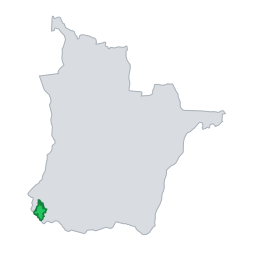 location of Faradje, Orientale, Democratic Republic of the Congo, rotated 183°
{"feature_id": "63176286B94121502354965", "entity_name": "Faradje", "entity_type": "district", "adm_level": 2, "iso_a3": "COD", "parent_name": "Democratic Republic of the Congo", "parent_adm1": "Orientale", "projection": "robinson", "projection_center": [29.876, 3.486], "detail": "fine", "context": "in_parent", "style": "filled", "palette": "green", "viewbox_px": 256, "rotation_deg": 183, "n_neighbors": 0, "source": "geoboundaries", "source_scale": "gbopen_adm2", "svg_char_len": 6772}
<svg xmlns="http://www.w3.org/2000/svg" viewBox="0 0 256 256"><g transform="rotate(183 128 128)"><path d="M219.2,175.3L200.4,178.7L200.8,179.9L200.6,181.2L200.1,182.1L198.2,184.8L195.4,187.2L195.4,187.8L196.8,190.5L197.7,194.1L197.5,200.6L197.9,202.4L197.8,203.8L196.9,205.3L195.0,213.1L196.3,216.9L200.0,220.4L202.1,223.1L205.8,224.0L206.4,223.8L206.6,221.7L209.5,220.8L209.5,234.8L209.3,235.6L208.8,235.7L208.1,235.3L207.8,234.0L207.1,233.4L203.5,235.1L202.6,235.1L201.7,234.8L200.9,234.1L200.7,233.0L198.2,228.9L197.0,228.6L195.6,225.0L190.0,222.3L187.8,222.1L186.7,221.3L185.6,218.4L183.7,216.6L183.3,214.5L182.9,214.2L181.8,214.6L180.8,217.9L179.6,218.6L177.3,218.7L171.5,217.8L167.4,216.1L166.3,216.2L164.7,214.7L164.0,212.2L164.4,210.3L164.1,210.0L157.8,211.6L156.3,212.6L154.9,212.4L154.5,211.8L155.1,210.5L154.8,209.1L154.3,208.4L152.4,207.9L151.8,206.3L150.7,206.1L150.3,206.3L150.1,207.4L149.4,207.7L145.6,207.2L141.7,208.6L136.5,208.2L134.1,209.8L133.7,209.8L133.2,209.0L132.7,206.3L132.9,205.6L133.7,205.1L134.0,204.0L133.7,201.3L133.9,200.6L133.6,199.1L132.8,196.5L131.7,194.5L129.3,191.4L128.9,190.0L129.0,186.5L129.8,181.1L129.7,177.0L128.7,174.4L128.5,171.6L129.1,166.5L128.5,165.2L116.6,164.8L116.1,164.4L115.8,163.7L116.4,160.7L109.2,161.5L107.0,162.1L105.6,163.3L105.2,164.8L105.2,167.1L104.1,169.2L103.8,172.7L101.8,173.1L99.8,173.1L95.9,172.4L92.2,173.4L90.4,174.4L89.4,173.9L86.0,174.3L85.6,174.0L81.7,166.9L79.9,164.6L79.6,163.4L79.7,162.3L79.2,160.9L77.4,157.3L77.1,155.6L77.1,152.9L76.9,152.0L75.3,149.8L74.2,149.0L73.0,148.6L53.6,148.9L47.2,148.5L42.5,148.8L40.2,148.6L39.5,148.3L37.4,148.7L36.3,149.7L34.6,150.2L33.5,150.0L31.5,147.4L34.2,146.9L34.4,146.7L34.6,140.4L33.8,139.5L35.3,138.4L37.6,135.6L40.0,134.7L40.3,134.1L40.8,134.1L41.6,135.3L43.6,136.8L46.1,135.5L46.3,135.1L46.6,132.4L47.2,132.2L48.3,132.8L48.9,132.8L50.0,132.0L53.1,130.6L54.0,132.3L53.2,133.9L53.6,135.0L53.7,136.7L54.2,137.1L56.7,137.3L57.4,136.9L62.3,130.7L63.6,130.0L65.7,127.5L68.4,126.4L69.6,124.5L71.2,121.0L71.9,116.1L71.6,107.4L71.8,106.3L75.1,102.4L78.5,95.3L80.8,93.5L82.6,92.7L85.3,90.2L87.4,87.6L87.1,84.4L87.6,81.9L88.7,78.6L89.1,75.1L88.7,71.4L88.9,68.4L90.5,63.6L90.7,58.1L92.1,53.5L94.9,47.7L96.3,43.3L96.0,39.0L96.4,35.9L96.3,34.0L95.8,32.4L96.0,31.4L97.1,30.9L98.4,29.3L100.9,25.1L103.4,23.0L105.2,22.4L107.1,22.5L108.3,22.8L110.3,24.5L112.6,25.8L114.3,27.4L115.9,30.0L120.0,30.6L121.7,31.5L122.7,31.9L123.1,31.6L123.9,31.8L125.8,32.5L127.4,32.1L134.8,33.8L135.7,32.9L137.7,28.5L139.3,27.0L141.8,26.9L143.8,27.7L144.9,27.7L154.0,23.9L155.2,23.7L158.6,24.6L160.7,24.0L161.6,24.2L163.5,23.6L165.0,20.9L166.3,20.3L179.4,23.1L181.4,21.7L182.4,21.6L185.3,22.6L186.2,24.2L187.9,25.6L189.2,27.9L191.1,29.2L192.1,30.5L193.3,31.3L195.6,31.6L198.7,29.5L200.8,29.7L203.0,30.9L203.7,30.8L205.3,29.6L206.2,28.3L207.0,28.0L208.3,28.6L209.3,29.8L210.3,31.6L213.6,35.5L216.7,37.2L217.5,39.6L218.7,39.4L219.2,39.6L220.1,41.2L220.6,41.5L220.8,42.1L220.0,43.6L219.2,46.3L220.2,48.0L219.4,50.5L219.0,53.1L220.0,53.7L221.3,53.7L222.5,55.0L223.5,55.2L224.5,56.6L224.3,57.8L221.1,61.9L216.4,67.0L214.8,67.6L214.0,68.6L213.4,70.1L212.1,71.3L211.0,71.9L210.9,75.5L209.3,79.3L208.7,80.1L207.9,86.3L208.0,87.4L207.1,92.5L207.3,97.2L205.0,98.7L203.4,101.0L202.8,102.6L202.8,106.5L200.2,108.8L200.0,109.4L200.6,112.1L201.6,112.5L201.6,113.4L203.7,116.3L203.6,125.3L203.7,126.2L204.8,128.3L205.5,132.3L204.7,137.5L207.6,147.0L206.3,150.4L206.9,153.8L208.6,157.2L212.6,160.7L213.7,162.1L214.7,164.0L215.7,166.9L219.2,175.3Z" fill="#d9dde1" stroke="#a8b0b8" stroke-width="1"/><path d="M217.1,40.0L217.3,39.6L217.3,39.3L217.3,39.2L217.5,38.8L217.4,38.0L217.2,37.3L216.9,37.1L216.6,37.2L216.4,37.3L216.2,37.3L216.1,37.2L215.9,36.8L215.7,36.9L215.4,36.5L215.1,36.3L214.8,36.1L214.5,36.1L214.5,35.9L214.3,35.8L214.2,35.8L213.9,36.1L213.7,36.2L213.7,35.8L213.6,35.7L213.5,35.2L213.3,35.0L213.3,34.7L213.4,34.3L213.3,34.1L213.1,34.1L212.9,34.0L212.7,34.0L212.5,33.9L212.2,33.7L211.9,33.1L211.7,32.9L211.4,32.8L211.3,32.7L211.2,32.4L211.4,32.1L211.4,31.8L211.2,31.6L210.7,31.2L210.2,31.3L210.0,31.2L209.9,31.0L209.7,31.0L209.7,30.9L209.6,31.2L209.6,31.3L209.5,31.5L209.4,31.8L209.2,32.1L209.0,32.3L208.9,32.3L208.7,32.4L208.5,32.5L208.4,32.6L208.4,32.9L208.4,33.0L208.4,33.4L208.3,33.5L208.2,33.9L208.2,34.1L208.2,34.5L208.1,34.9L208.1,35.0L207.9,35.1L207.7,35.2L207.3,35.3L207.1,35.4L207.1,35.5L207.6,35.8L207.8,35.9L207.9,36.0L208.0,36.4L207.8,36.9L207.8,37.0L208.0,37.1L208.0,37.3L208.1,37.5L208.3,37.7L208.4,37.8L208.5,37.9L208.3,38.0L207.9,38.4L207.7,38.8L207.2,39.1L207.1,38.9L206.7,39.0L206.2,39.2L205.9,39.3L205.8,39.5L206.0,39.7L206.1,39.8L206.2,40.1L206.2,40.3L206.0,40.6L206.0,40.9L205.9,41.1L205.7,41.3L205.6,41.2L205.4,41.3L205.3,41.7L205.2,42.1L205.0,42.4L205.0,42.5L205.3,42.5L205.5,42.7L205.8,42.5L206.0,42.6L206.1,42.8L206.7,42.8L206.8,42.9L207.0,42.8L207.0,42.7L207.0,42.8L207.3,43.0L207.2,43.3L207.3,43.3L207.4,43.6L207.5,43.6L207.8,43.6L207.8,43.8L207.9,43.7L208.0,43.7L208.0,43.4L208.3,43.3L208.2,43.2L208.3,43.2L208.6,43.2L208.7,43.4L208.6,43.5L208.8,43.7L208.8,43.8L209.0,43.9L209.0,44.0L208.9,44.3L208.8,44.5L208.7,44.4L208.4,44.2L208.3,44.4L208.3,44.5L208.2,44.8L208.1,45.0L208.4,45.3L208.6,45.1L208.8,45.1L209.0,45.2L209.1,45.5L209.4,45.8L209.5,45.9L209.7,46.1L209.8,46.2L210.0,46.3L210.4,46.4L211.1,46.6L211.2,46.8L211.3,47.1L211.2,47.3L211.1,47.2L210.9,47.1L210.7,47.0L210.5,46.9L210.4,46.8L210.3,46.7L210.2,46.7L209.9,46.6L209.7,46.5L209.5,46.4L209.3,46.0L209.2,46.0L208.9,46.0L208.6,46.0L208.5,45.9L208.4,45.9L208.4,46.0L208.3,46.3L208.5,46.5L208.7,46.9L208.8,47.0L208.8,47.3L208.8,47.6L208.8,47.8L209.0,48.1L209.1,48.4L209.2,48.6L209.3,48.6L209.5,48.6L209.8,48.5L210.5,48.3L211.2,48.3L211.3,48.4L211.3,48.5L211.3,48.8L211.2,49.0L211.0,49.3L211.1,49.5L211.4,49.5L211.4,49.9L211.5,49.9L211.5,50.0L212.0,50.4L212.1,50.9L212.2,51.1L212.4,51.2L213.0,51.1L213.0,51.4L213.1,51.5L213.4,51.6L213.7,51.5L213.7,51.4L213.7,50.6L213.6,50.2L213.4,49.8L213.5,49.5L213.4,49.3L213.2,49.2L213.2,48.9L213.4,48.9L213.7,48.9L213.7,48.6L213.7,48.2L213.5,48.3L213.3,48.2L213.2,48.2L212.9,48.2L212.7,48.3L212.7,48.2L212.8,48.0L212.9,47.9L213.1,47.9L213.3,47.9L213.5,47.9L213.7,47.7L213.4,47.4L213.3,47.2L213.2,46.9L213.0,46.7L213.3,46.2L213.9,45.8L214.1,45.6L214.2,45.4L214.4,45.1L214.5,44.9L215.0,44.5L215.1,44.3L215.2,44.2L215.1,43.7L215.0,43.3L215.0,43.2L215.3,42.7L215.3,42.4L215.3,42.1L215.6,42.3L215.7,42.2L215.8,42.1L215.9,41.8L215.7,41.8L215.7,41.7L215.5,41.3L215.4,41.1L215.4,40.9L215.3,40.7L215.5,40.5L215.8,40.5L215.9,40.4L216.1,40.4L216.6,40.2L217.1,40.0ZM213.8,36.6L214.1,36.4L214.2,36.5L214.3,36.5L214.4,36.8L214.4,37.0L214.3,37.3L214.2,37.4L213.8,37.4L213.7,37.4L213.5,37.0L213.5,36.8L213.7,36.7L213.8,36.6Z" fill="#22c55e" stroke="#15803d" stroke-width="1.5"/></g></svg>